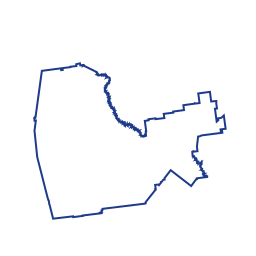 Hay, New South Wales, Australia (Mercator projection), rotated 75°
{"feature_id": "25037944B78300731498703", "entity_name": "Hay", "entity_type": "district", "adm_level": 2, "iso_a3": "AUS", "parent_name": "Australia", "parent_adm1": "New South Wales", "projection": "mercator", "projection_center": [144.56, -34.157], "detail": "fine", "context": "isolated", "style": "outline", "palette": "blue", "viewbox_px": 256, "rotation_deg": 75, "n_neighbors": 0, "source": "geoboundaries", "source_scale": "gbopen_adm2", "svg_char_len": 5881}
<svg xmlns="http://www.w3.org/2000/svg" viewBox="0 0 256 256"><g transform="rotate(75 128 128)"><path d="M55.5,155.2L55.2,157.9L53.1,157.7L53.0,161.5L54.8,161.8L53.9,167.8L54.3,167.9L53.2,175.8L55.0,176.0L54.8,177.6L53.0,177.4L50.5,196.4L92.8,214.2L93.1,213.4L93.0,214.7L94.2,214.9L94.1,216.0L96.8,216.4L97.0,215.1L106.3,219.0L132.5,223.2L173.5,223.7L177.2,223.6L177.5,223.3L181.5,223.8L181.8,223.6L196.2,223.8L199.1,203.9L199.9,204.0L201.2,194.3L200.8,194.3L203.4,175.9L202.9,176.1L202.7,175.5L202.4,175.9L202.3,175.0L201.9,174.8L200.7,174.9L200.6,173.9L199.5,173.5L205.5,130.8L205.4,130.4L204.3,130.3L194.9,117.6L194.4,117.6L194.5,117.1L190.0,116.5L190.5,113.0L191.2,112.8L189.4,110.3L188.8,110.2L188.9,109.7L187.1,107.3L187.3,106.0L186.0,105.8L179.8,97.7L200.4,82.0L195.2,75.5L195.3,74.7L194.4,74.5L195.8,64.2L195.4,64.1L195.4,64.6L194.5,64.6L194.6,65.2L193.9,65.4L193.7,66.3L194.0,66.4L193.4,66.8L193.5,67.1L193.0,67.3L192.8,66.7L192.1,66.5L191.9,66.8L191.7,66.0L191.5,66.5L190.9,66.3L190.7,66.9L189.5,66.3L189.5,66.7L188.4,67.0L188.5,67.4L187.6,68.0L187.2,67.9L187.4,67.3L186.8,67.3L186.8,67.7L186.5,67.3L186.3,67.7L185.8,67.5L184.7,68.1L183.9,67.8L183.9,68.2L183.4,68.2L183.4,67.8L182.7,67.7L182.9,67.4L181.9,66.9L182.0,66.3L180.9,66.0L180.9,66.4L180.6,66.2L180.8,66.6L180.4,66.5L181.0,67.2L180.6,67.3L180.6,68.0L180.2,68.0L180.6,68.2L180.2,68.8L180.4,69.1L180.0,69.0L180.3,69.5L179.6,69.5L179.5,69.1L179.4,69.7L179.1,69.6L179.4,69.9L179.0,69.7L179.1,70.1L178.7,69.9L178.7,70.2L178.4,69.5L178.4,70.1L176.4,69.9L176.5,70.4L176.1,70.3L176.1,70.7L175.8,70.2L176.0,70.1L175.4,70.1L175.6,70.5L174.8,70.7L174.8,71.3L174.0,71.4L174.0,71.9L173.8,71.3L172.5,71.4L172.6,71.9L172.3,72.1L172.6,72.5L171.9,72.5L171.9,72.8L167.6,72.1L167.3,70.8L167.9,70.3L168.4,66.9L164.0,66.3L154.4,62.5L154.6,60.9L154.2,58.9L157.0,38.1L155.4,37.9L155.2,39.2L153.3,39.0L154.0,33.9L140.7,32.2L142.3,35.2L142.0,38.4L143.9,38.8L144.8,40.7L131.9,39.0L132.2,37.0L127.2,36.4L124.8,35.7L123.9,40.8L114.3,39.5L112.8,51.2L122.4,52.4L121.9,56.5L121.3,57.0L121.7,57.6L120.3,68.6L125.2,69.3L123.8,80.1L124.9,80.3L123.6,89.8L127.8,90.3L126.6,99.0L125.8,98.9L124.8,105.9L125.9,106.1L125.5,109.9L136.0,111.3L136.0,111.8L140.2,112.6L140.3,113.8L139.6,113.9L140.0,114.2L139.8,114.9L140.3,115.0L140.3,115.5L139.8,115.5L139.6,116.5L139.3,116.0L139.1,116.8L138.7,116.5L139.0,116.9L138.6,117.5L138.9,117.7L138.3,117.4L138.1,117.7L138.0,117.2L137.2,117.6L136.6,117.2L136.2,117.5L136.3,117.0L136.1,116.9L134.9,117.4L135.0,117.8L134.2,117.6L134.3,118.0L133.8,117.9L133.7,118.2L133.5,117.9L133.5,118.4L133.2,118.2L133.0,118.6L133.2,119.1L132.8,119.0L133.0,119.4L132.6,119.4L132.4,120.0L131.9,119.7L131.8,120.1L131.4,120.0L131.4,120.5L131.0,120.5L131.3,120.9L130.9,121.0L131.2,121.5L130.8,121.4L130.7,122.2L130.4,121.9L130.2,122.4L129.6,122.0L129.3,122.3L129.2,122.0L129.0,122.4L128.5,122.3L128.8,122.9L128.3,123.4L128.7,123.7L128.1,123.6L128.3,124.0L127.8,123.9L127.5,124.3L127.2,124.0L127.4,124.6L126.7,124.0L126.4,124.2L126.6,123.8L126.2,124.1L125.9,123.7L125.6,124.4L125.2,124.4L125.4,125.6L125.0,125.4L125.0,125.8L124.6,125.8L124.9,126.1L124.6,126.4L125.0,126.8L124.4,127.1L124.4,127.8L124.1,127.8L124.4,128.0L124.2,128.5L124.9,128.4L124.4,128.8L124.6,129.4L124.2,129.5L124.6,129.8L124.0,129.8L124.2,130.2L123.4,130.0L123.6,130.5L123.3,130.4L122.9,131.2L122.6,130.9L122.5,131.4L122.2,131.1L122.3,131.6L121.8,131.2L121.7,131.5L121.6,131.1L121.4,131.6L121.1,131.3L121.0,131.9L120.7,131.9L121.0,132.3L120.2,132.7L120.3,133.6L119.7,134.0L119.6,133.7L119.2,134.7L118.9,134.6L119.2,134.9L118.7,134.9L119.0,135.1L118.7,135.3L118.2,135.1L118.0,135.5L117.5,135.4L117.5,135.1L117.2,135.5L117.0,135.3L117.0,135.7L116.6,135.6L116.5,136.0L116.1,135.8L115.9,136.3L116.1,136.3L115.6,136.3L115.4,136.7L114.1,136.0L114.2,136.4L113.9,136.7L114.2,136.7L113.8,136.9L113.5,136.9L113.5,136.3L113.0,136.6L112.5,136.0L112.2,136.3L111.7,136.1L111.7,136.4L111.3,136.0L111.0,136.4L111.2,136.7L110.7,137.2L110.3,137.0L110.3,137.4L109.9,137.0L109.6,137.3L109.6,136.8L109.1,136.9L109.0,136.5L108.7,136.6L108.8,136.2L108.6,136.7L108.3,136.3L108.2,136.7L107.7,136.9L107.5,136.5L106.4,136.1L106.0,136.4L106.0,136.9L105.7,136.8L106.1,137.4L104.4,137.6L104.8,138.0L104.4,138.4L104.9,138.4L104.4,138.9L103.8,138.3L103.3,138.5L103.6,138.9L102.8,139.3L102.5,138.7L101.7,139.0L101.7,138.7L101.6,139.1L101.3,139.1L101.7,139.4L101.1,139.5L100.8,139.2L100.8,139.5L100.5,139.3L100.0,139.6L100.1,139.3L99.8,139.5L99.1,138.7L98.9,139.2L98.4,139.0L98.5,139.7L97.9,139.9L97.7,139.2L97.0,138.9L96.3,138.9L96.3,139.6L95.8,139.6L95.9,139.8L95.5,139.6L95.1,138.1L94.7,138.4L93.8,137.9L94.0,138.4L93.7,138.7L94.1,139.2L93.4,139.1L93.0,139.5L92.5,138.7L92.9,138.5L92.7,138.3L91.9,138.4L92.0,138.8L91.3,138.7L91.3,138.2L90.1,137.8L89.8,138.3L89.0,138.1L89.0,138.8L89.4,139.3L88.7,139.2L88.4,139.3L88.5,139.6L87.9,139.6L87.9,140.0L87.5,139.9L87.7,140.6L87.3,140.2L87.1,140.6L86.8,140.2L86.8,140.6L85.9,140.8L85.0,140.2L84.3,140.3L84.1,139.7L83.8,140.0L83.3,139.4L83.0,139.6L82.9,138.9L82.5,139.0L82.4,138.2L82.1,138.3L82.2,138.0L81.6,137.6L81.4,137.9L81.0,137.7L81.2,137.2L81.0,136.8L80.7,136.7L80.6,137.1L80.4,136.5L79.6,136.6L79.7,136.0L80.0,136.0L79.8,135.6L80.0,134.9L79.4,134.7L79.4,134.4L78.8,134.3L78.7,134.7L78.3,134.1L77.6,134.2L77.0,133.7L77.1,133.1L75.6,132.8L75.2,132.1L75.3,132.5L74.4,133.0L73.7,134.3L74.0,134.5L73.5,135.1L73.6,135.6L73.3,135.3L72.7,135.7L72.7,135.3L72.3,135.4L72.3,135.0L71.8,135.3L71.9,135.6L71.3,135.5L71.3,135.8L70.8,135.8L70.8,136.4L70.2,136.4L70.6,137.0L70.1,137.6L70.5,137.7L70.3,138.0L70.6,137.9L70.1,138.6L70.6,138.8L69.9,139.3L70.3,140.0L69.5,140.2L69.8,142.1L69.6,142.7L69.0,143.0L69.2,143.3L68.9,143.4L69.0,143.6L68.6,144.0L68.4,143.6L68.2,144.1L68.0,143.6L67.3,143.8L67.2,143.5L66.5,143.9L66.4,143.5L66.0,143.6L56.9,154.0L56.3,154.1L56.4,154.7L56.0,155.0L56.2,155.5L55.5,155.2Z" fill="none" stroke="#1e3a8a" stroke-width="2"/></g></svg>